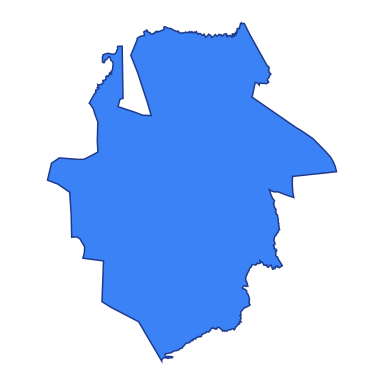 outline of Tepalcingo, Morelos, Mexico
{"feature_id": "50627088B98541871287942", "entity_name": "Tepalcingo", "entity_type": "district", "adm_level": 2, "iso_a3": "MEX", "parent_name": "Mexico", "parent_adm1": "Morelos", "projection": "equal_earth", "projection_center": [-98.876, 18.569], "detail": "fine", "context": "isolated", "style": "filled", "palette": "blue", "viewbox_px": 384, "rotation_deg": 0, "n_neighbors": 0, "source": "geoboundaries", "source_scale": "gbopen_adm2", "svg_char_len": 5857}
<svg xmlns="http://www.w3.org/2000/svg" viewBox="0 0 384 384"><path d="M335.2,166.5L333.9,163.2L331.9,159.2L330.4,157.0L325.7,151.6L312.9,138.6L299.2,129.3L297.7,128.7L252.1,97.2L255.2,82.5L257.5,83.1L259.2,85.1L259.6,83.2L265.9,83.5L266.3,83.8L268.6,82.3L268.5,81.5L267.4,80.2L267.3,79.5L267.6,78.9L269.1,77.4L269.5,75.8L270.7,74.3L270.7,73.5L269.2,72.8L268.7,69.4L269.1,68.8L269.1,68.1L268.6,66.5L267.4,66.1L266.0,63.7L249.3,33.6L244.4,23.7L243.7,23.4L242.9,23.8L242.3,23.7L241.8,23.0L241.6,23.4L240.6,23.3L239.3,28.6L238.0,28.3L237.2,28.8L237.6,29.9L236.6,30.8L237.2,31.9L237.1,32.8L235.6,32.5L236.2,34.4L235.5,34.6L235.0,33.8L234.3,33.8L234.8,35.6L234.6,36.2L234.1,36.1L233.9,35.3L232.7,33.9L232.3,34.0L232.3,35.6L232.5,37.0L232.1,37.3L231.2,36.6L230.6,35.5L230.0,35.4L228.9,36.0L227.9,35.6L227.4,36.8L226.9,36.7L226.5,35.5L226.6,34.3L226.1,33.7L224.2,34.2L222.1,36.1L221.3,35.9L221.4,35.2L220.8,34.6L219.7,34.9L219.2,34.5L218.8,34.5L217.2,36.3L216.0,35.6L215.3,34.6L212.4,37.4L211.8,37.7L211.2,36.9L211.0,35.7L208.6,34.2L208.0,35.2L205.6,37.3L204.5,35.2L204.2,34.2L203.6,34.3L203.4,35.2L201.7,35.0L200.5,33.6L199.1,33.5L198.7,34.2L197.9,34.1L196.8,32.6L196.7,32.0L196.3,31.6L195.4,32.7L195.2,32.3L194.3,32.0L193.7,32.7L192.8,32.6L191.8,31.7L190.6,32.7L189.7,31.6L189.3,32.1L189.8,32.4L188.2,32.2L186.9,32.7L186.0,32.2L185.3,32.2L185.0,32.5L183.5,32.9L180.3,33.0L179.4,32.8L179.0,32.0L177.8,31.0L177.3,31.6L176.2,31.3L172.0,29.3L171.3,28.5L169.2,28.5L168.1,28.2L165.0,26.7L164.4,26.8L163.9,27.3L163.8,29.7L157.7,32.0L157.8,31.5L156.9,31.2L155.3,32.0L154.7,32.5L154.6,33.3L154.2,33.5L153.4,33.4L152.1,34.3L150.3,33.5L150.1,32.6L148.1,32.2L146.9,30.0L146.5,30.0L146.7,31.0L146.1,31.4L144.4,31.2L143.8,32.0L144.4,35.0L144.2,35.8L141.8,35.9L140.5,36.4L138.5,37.3L137.0,38.8L137.3,39.6L130.8,55.4L137.2,71.4L147.6,103.1L151.2,115.6L142.6,115.2L135.3,112.4L117.9,106.6L118.2,106.1L119.9,99.3L123.0,98.4L122.2,46.2L117.9,46.3L117.4,47.1L117.8,48.1L117.8,49.1L117.1,49.7L116.1,52.9L114.5,53.9L113.1,54.3L107.5,53.2L106.8,53.8L104.8,54.1L103.6,54.8L103.0,54.8L102.9,56.2L102.3,57.5L102.5,59.2L102.4,62.0L103.8,62.8L104.4,62.5L105.2,59.9L106.6,59.6L108.1,57.4L109.3,56.7L109.8,56.9L110.8,60.2L112.4,61.6L113.2,63.5L112.4,70.5L111.2,71.1L111.0,72.6L111.8,73.4L111.5,73.9L110.6,73.0L109.6,72.9L109.4,73.4L110.3,74.2L108.6,75.3L108.3,76.7L106.7,75.8L106.2,76.2L105.8,77.5L105.9,79.6L103.7,80.4L102.9,80.4L102.7,80.7L103.6,82.3L102.5,83.5L102.0,83.5L101.6,84.6L100.7,84.4L99.3,85.0L98.7,84.7L98.0,84.9L97.7,84.7L97.9,86.4L98.8,87.3L98.8,87.6L98.3,87.0L98.1,87.5L97.2,87.8L97.6,88.5L97.2,89.6L97.0,90.0L95.9,90.1L96.0,90.4L95.4,91.2L96.0,92.5L94.8,93.8L94.4,93.9L89.2,103.3L90.6,104.6L93.4,108.9L94.6,113.2L97.8,121.9L97.3,141.5L97.9,152.1L84.1,159.3L78.7,159.4L59.4,157.9L51.5,163.2L47.5,180.2L57.9,184.1L69.7,192.3L71.1,213.4L71.7,237.2L76.9,236.9L80.3,239.1L80.9,240.5L84.6,246.7L84.4,251.9L84.0,254.3L82.9,258.2L103.5,260.9L102.0,301.7L111.5,307.6L138.6,321.7L161.7,361.0L161.7,360.2L162.5,358.7L163.9,357.8L165.4,357.6L167.8,358.4L170.4,357.6L172.2,357.8L172.7,357.3L172.7,357.1L172.2,356.7L170.3,356.6L169.4,356.8L169.0,356.3L168.2,356.6L166.7,356.4L166.1,356.7L165.7,356.6L165.1,356.0L164.9,355.1L165.1,353.8L166.6,353.8L167.3,353.4L168.1,353.4L169.1,352.9L170.9,352.9L171.5,352.3L172.4,352.1L172.7,351.7L174.2,351.0L175.8,350.6L176.5,350.7L177.0,350.3L178.8,349.9L180.6,348.4L182.3,348.0L182.9,346.7L183.8,346.1L184.4,345.0L186.1,343.3L189.0,342.7L190.3,342.0L191.2,340.7L192.2,339.9L192.8,340.5L193.6,338.9L194.1,338.6L195.1,339.1L195.6,339.0L196.4,337.6L197.9,337.0L198.5,336.3L199.1,336.9L201.3,336.5L201.9,334.5L205.8,332.7L207.1,331.6L208.3,332.0L209.2,331.7L210.7,329.8L211.8,328.0L212.2,327.9L213.3,328.4L214.2,328.1L214.9,329.0L215.4,329.1L215.6,328.8L216.8,329.0L217.4,327.4L217.9,327.2L218.9,327.4L221.7,329.6L222.5,331.1L223.0,331.0L223.2,330.5L223.9,330.5L224.6,331.2L225.7,330.7L226.5,331.2L227.5,330.7L227.9,330.1L229.4,329.7L230.2,329.9L231.7,329.0L232.9,328.7L234.1,329.4L233.8,330.2L234.7,329.4L235.6,327.1L236.7,326.3L238.1,324.3L238.4,324.4L239.6,323.9L239.3,322.0L240.1,321.6L240.5,321.9L241.1,321.9L240.3,320.6L240.2,319.8L241.0,318.6L241.1,317.9L240.0,315.6L241.0,315.4L240.7,313.7L241.0,311.8L241.2,311.3L244.0,308.1L248.5,306.1L250.1,304.8L248.9,302.9L249.3,302.4L249.4,298.6L248.0,294.3L247.1,293.6L246.5,291.4L246.7,290.9L244.4,288.9L242.8,288.9L242.3,287.8L243.1,286.8L243.6,286.5L244.0,285.7L245.3,285.9L246.2,286.5L247.0,286.0L247.8,286.2L246.8,282.0L246.2,281.2L245.8,280.0L245.7,277.4L247.8,272.6L249.3,269.8L249.4,269.0L250.1,267.9L250.1,267.5L251.2,267.0L252.2,264.7L253.5,264.4L255.3,265.1L255.9,265.0L256.6,264.2L257.0,263.2L258.9,263.6L260.3,263.1L260.9,262.6L260.5,262.1L260.3,261.5L259.8,260.9L259.8,260.6L261.7,262.2L262.7,262.6L263.4,264.5L263.9,265.1L265.6,265.3L266.8,264.9L266.9,266.2L267.9,267.3L268.2,267.3L270.8,264.9L271.1,265.1L272.6,269.2L273.0,269.3L274.2,267.9L274.8,267.7L275.0,268.1L275.2,267.4L275.1,266.9L277.1,266.0L277.2,267.1L278.8,267.2L279.2,267.7L282.2,265.8L282.3,265.6L278.5,259.5L277.5,257.1L275.5,255.7L275.9,254.1L275.5,251.6L276.3,251.5L276.7,250.8L276.5,249.9L275.8,249.0L274.8,249.3L274.1,248.6L274.3,247.6L274.1,246.3L273.3,245.5L273.9,244.7L274.9,244.4L275.0,243.9L274.8,242.6L273.7,240.1L274.2,239.2L274.4,236.8L276.0,235.4L276.6,233.9L278.3,231.9L278.5,230.3L279.6,229.6L279.0,228.1L279.1,226.4L278.5,225.4L278.9,223.7L278.2,222.4L278.2,218.9L277.3,214.7L276.4,214.2L276.1,213.7L275.8,212.9L276.1,212.4L275.5,211.2L276.0,210.0L276.0,209.4L274.8,208.4L274.7,207.1L273.9,206.5L273.8,206.1L274.0,204.6L273.9,203.6L273.4,203.2L274.5,201.0L274.4,200.5L272.5,198.3L272.3,197.6L270.5,193.8L270.7,193.7L269.4,189.6L271.5,190.9L273.7,191.8L278.2,191.9L287.6,195.5L293.8,197.5L292.8,192.5L292.3,183.6L292.5,176.4L336.5,171.7L335.2,166.5Z" fill="#3b82f6" stroke="#1e3a8a" stroke-width="1.5"/></svg>